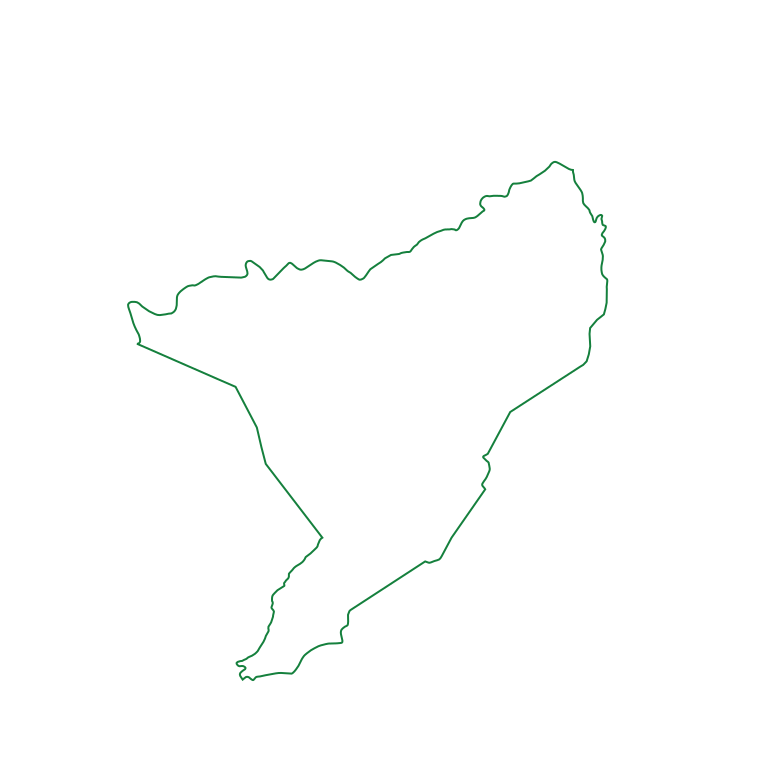 the district of Goascoran, Valle, Honduras, rotated 59°
{"feature_id": "27666195B50126770089567", "entity_name": "Goascoran", "entity_type": "district", "adm_level": 2, "iso_a3": "HND", "parent_name": "Honduras", "parent_adm1": "Valle", "projection": "mercator", "projection_center": [-87.718, 13.59], "detail": "fine", "context": "isolated", "style": "outline", "palette": "green", "viewbox_px": 768, "rotation_deg": 59, "n_neighbors": 0, "source": "geoboundaries", "source_scale": "gbopen_adm2", "svg_char_len": 6165}
<svg xmlns="http://www.w3.org/2000/svg" viewBox="0 0 768 768"><g transform="rotate(59 384 384)"><path d="M550.5,405.2L526.4,351.5L525.3,351.5L522.1,352.0L521.3,351.9L520.7,351.6L520.1,351.0L519.6,350.0L518.8,348.4L517.8,346.0L516.6,343.8L513.0,338.7L512.0,337.6L510.9,336.9L508.4,335.9L505.2,334.8L504.2,335.0L502.8,335.6L498.5,336.7L497.9,336.7L497.4,336.4L497.2,336.0L497.1,335.3L497.3,333.0L497.3,331.0L473.0,290.2L470.2,207.2L470.2,203.4L468.9,198.6L464.1,193.2L457.9,187.8L446.9,182.0L442.2,178.5L438.7,168.3L437.6,159.7L433.8,155.7L429.0,151.3L417.4,144.1L415.5,143.1L410.7,139.5L409.8,139.1L409.2,138.9L405.8,140.0L403.9,140.4L402.3,140.4L400.6,139.9L398.2,138.9L396.0,137.6L394.5,136.5L390.2,132.6L387.1,130.5L385.9,130.0L381.3,128.9L380.4,128.6L379.7,127.7L377.9,124.1L375.8,121.0L374.3,120.1L372.9,119.7L371.1,120.0L369.4,120.7L368.8,120.7L368.3,120.5L367.8,119.9L367.2,119.1L366.2,116.5L365.1,114.5L364.1,113.3L363.3,112.8L362.9,112.7L362.4,112.9L360.5,114.4L360.1,114.5L359.6,114.4L358.3,114.0L357.0,113.3L354.5,112.6L352.3,110.4L351.7,110.4L351.2,110.6L350.7,111.2L350.5,111.9L350.4,113.6L350.7,114.9L351.4,116.4L353.6,118.8L354.0,119.5L353.9,120.0L353.7,120.3L352.8,120.5L350.8,120.1L347.4,119.0L343.8,119.1L342.2,118.9L341.2,118.5L340.4,118.4L338.2,118.7L335.7,119.4L333.6,119.9L332.5,120.0L331.5,120.0L329.4,119.2L327.1,117.8L324.9,116.7L322.4,115.8L320.9,115.6L319.0,115.6L310.4,116.2L308.5,116.1L307.0,115.7L302.4,113.6L299.6,112.8L297.9,111.8L296.7,113.3L295.0,114.7L285.5,120.0L282.8,121.8L281.8,122.8L281.3,123.8L281.2,125.2L281.4,127.0L281.8,128.1L282.8,130.2L284.1,136.2L284.4,142.6L284.4,146.2L284.9,149.6L285.3,153.3L284.6,155.9L281.7,164.6L280.2,167.7L279.0,169.6L278.8,170.5L279.3,172.2L280.4,174.2L282.0,176.5L284.0,178.4L285.3,180.1L285.7,180.8L286.1,182.0L285.9,183.2L285.5,184.3L285.0,184.8L283.7,186.0L282.5,187.6L279.1,193.2L277.5,196.8L275.8,198.9L275.4,200.0L275.2,201.3L275.3,203.3L276.0,205.4L277.1,207.1L278.7,208.5L279.8,209.1L281.2,209.2L282.2,209.0L284.1,208.3L285.7,208.1L286.5,208.3L286.9,208.9L286.9,210.6L288.1,217.5L288.2,219.8L288.0,220.8L287.6,222.0L285.8,225.6L285.0,227.7L284.7,229.1L284.6,230.8L284.9,232.4L285.7,234.2L289.0,239.3L289.4,240.5L289.6,241.7L289.5,242.7L289.2,243.2L288.9,243.5L288.0,243.8L286.0,246.3L285.2,248.2L283.1,251.9L282.5,253.5L282.0,256.4L281.1,260.1L280.7,264.1L280.4,273.5L280.0,276.7L280.0,278.6L280.3,281.0L281.5,283.9L281.7,286.6L281.9,287.9L282.9,290.7L283.8,292.6L284.0,293.6L283.7,294.7L282.6,296.5L281.2,299.9L280.6,301.7L280.4,303.7L280.2,304.4L277.0,311.5L276.8,318.4L277.5,321.3L277.9,323.9L278.0,327.2L278.6,336.6L279.6,339.1L281.6,343.4L282.8,346.5L282.9,347.7L282.7,349.6L282.3,350.7L281.9,351.4L280.1,352.4L277.3,353.6L271.5,355.4L269.1,356.7L267.8,357.2L263.6,358.4L259.4,360.3L254.9,362.9L253.1,364.3L252.1,365.4L245.5,374.2L244.9,375.3L244.5,376.5L244.0,379.4L243.9,382.0L244.3,392.1L244.1,394.0L243.6,395.6L243.1,396.5L242.4,397.3L240.4,398.6L239.6,399.0L234.1,400.7L233.1,401.1L231.9,401.9L231.6,402.4L231.4,403.0L231.4,403.7L232.3,406.9L232.6,408.6L233.0,410.5L236.8,424.8L236.8,425.5L236.5,426.6L236.1,427.6L235.5,428.3L234.6,429.0L232.9,429.4L226.3,429.4L224.4,429.3L219.7,430.3L210.6,434.3L209.8,434.9L209.2,436.0L208.7,437.3L208.7,438.3L209.1,439.4L209.8,440.4L210.9,441.4L212.5,442.1L217.2,443.3L219.0,444.1L219.7,444.8L220.1,445.5L220.4,446.5L220.5,447.9L219.5,451.0L219.2,451.7L208.2,468.5L206.6,470.7L204.9,472.8L203.9,474.8L202.5,478.9L202.3,480.3L202.2,483.3L202.6,491.9L202.4,494.2L202.1,495.5L200.7,497.4L199.5,500.4L199.1,502.0L199.1,504.1L199.3,507.0L199.8,510.6L200.4,512.8L201.2,514.7L201.9,515.7L203.0,516.8L209.7,521.1L210.9,522.2L212.4,523.7L213.2,525.0L213.8,526.5L214.0,528.1L214.0,529.9L212.8,532.4L211.8,535.3L209.6,540.4L208.9,541.5L208.0,542.7L206.0,544.4L200.6,547.9L193.1,551.3L189.0,552.4L186.9,553.5L186.1,554.3L185.2,555.4L184.4,556.7L183.7,557.9L183.4,558.8L183.3,559.7L183.3,560.5L183.5,561.3L183.9,562.1L184.3,562.6L186.3,563.5L188.4,564.0L192.7,564.9L202.8,567.5L206.4,568.1L210.4,568.5L215.2,568.7L217.3,569.2L219.3,569.8L221.4,570.8L222.1,571.3L222.5,572.0L222.8,572.8L222.9,573.5L222.7,574.3L222.3,575.0L293.9,524.2L310.0,512.7L355.8,515.4L375.0,521.6L391.6,526.5L484.0,516.0L484.1,517.6L484.8,519.5L487.6,523.3L488.8,524.5L489.2,525.2L489.6,526.3L491.4,534.3L492.0,540.1L492.2,540.6L493.0,541.7L493.6,542.8L494.2,544.3L494.6,545.7L494.9,548.5L494.9,553.0L495.1,554.8L495.4,556.2L496.2,558.3L497.3,562.2L497.8,563.3L500.2,564.8L501.0,565.8L501.3,566.3L502.0,569.4L502.6,570.4L502.9,571.5L503.2,572.1L503.7,572.5L505.3,573.1L505.7,573.5L505.9,581.5L506.9,585.4L507.5,587.4L508.0,588.5L509.0,589.6L510.7,590.8L512.3,591.7L513.7,591.8L514.8,592.4L515.4,593.0L517.2,595.2L517.7,595.6L518.6,595.8L520.8,595.4L522.2,595.5L523.0,596.1L525.2,598.2L526.3,599.0L530.1,603.4L530.8,604.6L532.5,608.0L533.9,609.0L535.5,609.6L536.5,610.4L539.1,615.0L540.9,617.1L542.9,620.1L545.9,626.2L547.9,629.8L548.4,631.6L548.8,633.6L548.9,637.1L548.5,640.0L548.4,641.6L548.7,643.1L548.7,644.0L548.4,646.0L548.3,648.2L547.5,650.0L546.9,652.4L547.0,653.4L547.2,654.0L547.9,654.4L548.8,654.4L549.9,654.2L550.7,653.9L551.5,653.2L552.6,650.9L553.4,649.9L554.7,649.1L555.8,648.9L556.5,649.3L556.9,650.0L557.0,652.5L557.3,654.5L557.7,656.0L558.4,656.9L559.1,657.3L560.4,657.6L564.6,657.4L564.2,654.7L564.1,653.1L564.3,652.6L564.8,651.7L565.7,650.9L567.5,650.3L569.0,649.7L569.9,649.2L570.3,648.8L570.4,648.4L570.3,647.7L569.4,645.1L569.4,644.1L569.9,642.8L570.8,640.9L572.6,635.6L576.3,625.8L577.5,623.1L578.7,621.0L584.7,612.3L584.7,611.0L584.2,608.8L583.4,606.6L581.5,602.4L577.5,596.1L576.7,594.5L575.9,592.7L575.5,591.2L575.1,588.7L574.6,583.7L574.7,579.6L575.0,575.3L575.5,572.8L577.0,567.8L577.9,565.3L582.0,558.0L583.6,554.7L583.9,553.9L584.0,553.4L583.9,553.0L583.6,552.5L582.5,551.8L576.2,549.7L574.8,549.0L573.6,548.1L572.7,546.9L572.2,545.1L571.9,542.6L572.1,540.5L572.0,539.7L571.8,539.2L571.0,538.4L569.2,537.1L563.3,533.7L561.7,531.7L560.9,530.6L560.7,530.1L560.5,528.9L557.3,440.1L560.1,437.8L560.7,437.0L561.1,435.6L561.7,432.0L562.5,429.0L562.8,427.0L562.4,425.4L561.4,423.4L550.5,405.2Z" fill="none" stroke="#15803d" stroke-width="2"/></g></svg>